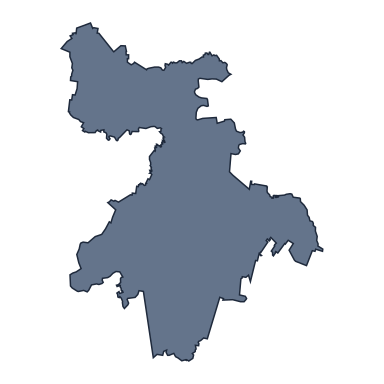 Medellín, Veracruz, Mexico
{"feature_id": "50627088B273730145329", "entity_name": "Medellín", "entity_type": "district", "adm_level": 2, "iso_a3": "MEX", "parent_name": "Mexico", "parent_adm1": "Veracruz", "projection": "orthographic", "projection_center": [-96.165, 18.992], "detail": "fine", "context": "isolated", "style": "filled", "palette": "slate", "viewbox_px": 384, "rotation_deg": 0, "n_neighbors": 0, "source": "geoboundaries", "source_scale": "gbopen_adm2", "svg_char_len": 5946}
<svg xmlns="http://www.w3.org/2000/svg" viewBox="0 0 384 384"><path d="M224.4,121.1L217.2,123.3L216.2,117.5L202.7,118.4L197.6,119.9L196.4,119.5L195.9,118.3L196.3,112.2L197.9,108.3L201.3,105.7L203.6,105.4L207.0,106.4L208.3,105.9L207.5,99.6L206.9,98.5L201.5,97.9L198.9,97.0L195.8,94.8L194.7,92.9L194.5,91.6L195.5,89.2L197.6,88.4L198.9,87.1L198.2,80.6L198.4,79.0L199.9,78.3L207.8,79.4L212.0,78.9L216.4,79.1L221.9,81.7L229.0,75.3L230.9,74.3L228.3,72.8L226.7,69.4L226.5,67.5L227.2,64.8L226.5,63.6L224.8,62.4L222.9,62.8L220.9,60.6L219.4,60.8L219.2,58.9L216.6,55.3L214.9,55.6L213.9,54.9L212.0,55.8L209.9,52.2L209.4,52.2L208.7,54.5L208.0,54.5L206.9,53.0L205.3,53.1L205.0,54.5L203.3,55.2L203.5,57.0L202.0,57.0L199.1,59.0L195.4,60.4L192.1,63.6L191.2,63.4L190.8,62.3L189.6,62.2L186.6,63.3L183.8,61.4L182.2,62.6L181.5,60.8L179.4,60.8L177.0,62.8L174.9,62.9L173.7,62.1L172.5,63.2L171.9,62.3L171.0,62.2L168.6,65.1L167.8,64.3L165.3,63.7L165.0,65.4L165.6,67.5L163.9,70.3L162.4,70.1L160.8,67.8L158.6,67.1L154.5,67.1L149.0,68.2L147.1,68.8L146.6,69.8L134.5,62.2L133.6,63.5L131.2,64.8L127.4,62.2L127.4,58.7L128.6,58.7L128.6,54.8L126.2,54.8L126.0,51.9L126.5,51.6L125.3,45.9L120.9,45.7L113.8,51.8L113.4,51.5L98.9,33.3L97.2,33.1L98.0,28.5L93.7,27.7L92.7,28.4L90.5,23.0L76.7,28.1L76.0,34.4L76.0,32.7L72.5,33.3L73.0,34.6L70.1,35.9L71.9,38.4L67.2,41.5L61.2,48.6L69.9,52.2L69.9,56.8L72.4,63.5L71.8,67.8L72.9,70.3L71.7,74.1L71.6,76.1L70.7,76.9L70.5,80.5L77.6,81.7L77.1,88.6L75.1,95.0L72.5,94.7L71.7,100.0L69.8,99.8L68.4,111.6L69.5,112.0L69.2,112.4L70.6,114.8L73.4,117.5L78.8,119.5L80.5,121.6L83.6,122.7L81.3,126.8L83.9,128.6L82.5,130.6L84.8,132.0L85.2,131.3L88.4,132.7L95.1,132.6L96.5,130.6L97.5,130.1L97.5,130.5L100.6,132.0L100.8,130.4L103.9,129.8L103.8,131.9L105.9,132.7L106.8,134.2L106.5,138.2L108.0,139.9L108.8,140.2L109.6,139.5L110.0,138.7L109.0,137.2L109.0,136.4L110.4,135.9L114.5,137.1L116.4,140.4L117.2,140.7L118.0,140.0L118.3,138.3L119.5,137.6L127.0,129.8L129.3,130.9L129.5,133.4L129.8,134.2L130.5,134.5L131.1,134.1L132.1,131.5L138.5,131.6L138.8,131.1L138.4,129.0L139.3,127.5L145.9,128.5L150.9,126.7L153.9,126.4L155.1,126.6L157.3,128.4L160.3,127.8L161.5,128.6L161.0,129.3L160.9,131.4L161.4,131.4L159.6,131.7L160.8,133.2L162.4,134.2L163.4,136.4L164.2,137.0L163.2,137.3L163.1,138.7L163.7,138.8L163.5,139.8L164.4,140.7L164.9,142.2L164.4,142.4L163.4,140.8L162.6,140.6L163.1,141.7L162.2,141.8L161.8,142.7L162.6,143.2L162.6,144.0L161.6,144.1L160.6,145.2L161.5,146.1L160.9,147.0L160.3,146.9L159.6,145.7L157.8,145.6L157.7,144.6L156.5,144.2L156.6,145.7L155.2,146.2L156.3,147.5L154.7,147.9L155.4,150.3L155.1,151.2L154.2,150.5L149.5,156.5L149.5,159.5L150.6,162.4L150.7,164.7L150.1,165.6L151.4,167.3L151.0,167.9L151.9,171.0L151.1,171.8L150.5,171.4L150.8,170.2L149.7,170.3L150.5,172.5L149.7,173.2L150.9,173.4L151.8,174.5L149.5,179.6L148.0,178.8L146.1,182.7L146.5,183.4L145.6,183.5L145.6,185.0L145.1,185.3L144.3,185.4L142.5,183.7L141.5,184.0L140.8,183.2L139.8,183.9L139.8,184.6L138.6,184.7L138.3,186.6L136.7,186.3L135.7,193.5L132.3,193.1L132.1,195.0L130.4,194.8L118.5,202.1L115.0,200.4L113.9,201.2L111.1,199.9L109.4,201.8L107.8,202.6L115.7,209.8L112.6,217.2L110.9,222.9L109.3,221.8L105.5,228.9L101.7,234.4L95.2,236.6L88.0,242.8L83.1,242.1L80.9,243.0L80.2,244.2L79.2,249.0L76.8,254.5L78.8,262.8L81.1,268.6L76.2,271.9L72.9,273.0L70.0,274.8L70.5,286.0L72.2,288.0L77.3,291.2L78.3,291.5L83.7,290.4L87.2,291.9L88.7,290.3L91.5,284.9L96.6,283.9L98.9,284.5L102.0,283.5L103.2,282.4L102.2,280.2L102.5,278.3L107.7,277.6L110.0,276.3L112.9,273.3L116.0,271.5L119.8,271.9L122.8,277.0L121.2,277.5L120.5,278.7L120.6,282.6L119.2,283.7L119.1,284.5L116.5,285.2L117.1,286.5L120.3,285.5L120.2,286.9L121.1,288.3L121.3,290.5L121.9,291.2L122.5,290.9L123.0,292.3L119.7,293.5L119.0,291.6L116.9,293.1L117.6,294.4L117.9,297.0L119.2,297.6L119.8,296.6L121.3,298.3L122.6,301.4L122.4,302.7L123.0,306.5L124.4,308.5L127.9,304.8L128.6,303.1L127.1,299.4L127.8,298.4L135.1,297.4L137.8,294.5L139.0,290.7L143.4,291.4L153.3,357.7L157.0,354.4L162.7,355.3L163.7,351.4L166.6,350.1L166.1,352.4L167.6,355.3L169.2,355.3L173.8,353.4L175.6,356.7L178.1,358.0L181.8,360.8L185.1,359.9L186.1,360.3L186.1,359.7L186.5,359.7L188.8,361.0L192.8,358.4L193.6,355.0L192.3,353.5L195.2,351.6L195.3,349.9L196.1,349.0L195.4,345.3L198.6,345.7L198.9,343.7L198.2,342.3L198.6,341.4L200.6,340.6L203.6,338.0L207.3,338.8L219.8,297.3L223.5,298.6L222.9,300.1L232.7,299.7L240.5,301.7L244.1,301.7L246.1,299.4L246.6,298.5L245.3,296.3L239.5,294.9L240.9,278.8L242.1,278.0L242.3,276.7L245.9,277.3L248.5,275.2L250.4,281.6L255.6,260.5L257.4,260.8L259.1,253.7L260.9,255.7L261.5,255.5L259.4,253.5L260.8,251.9L261.0,252.2L267.8,242.1L266.2,240.6L267.3,239.0L269.3,240.9L270.3,239.7L269.6,238.9L270.8,237.4L276.3,243.1L274.8,244.5L274.3,245.7L274.7,246.1L271.3,251.1L272.6,252.4L272.6,255.1L273.4,255.9L275.7,252.6L275.3,252.2L275.8,251.5L277.8,253.0L284.7,243.6L285.3,244.1L288.2,240.3L293.3,243.5L289.1,250.2L294.4,260.1L295.6,261.3L306.5,265.6L312.3,250.7L315.0,251.3L315.7,249.2L322.5,251.3L322.8,249.1L317.9,246.0L318.1,243.9L316.7,240.5L317.2,236.4L315.4,231.1L315.5,227.3L313.3,225.5L313.3,223.3L312.5,221.6L309.9,220.8L309.1,217.3L307.5,215.2L307.1,209.9L304.1,205.2L300.5,201.6L300.3,198.7L299.8,198.1L293.2,197.2L291.8,194.1L290.1,193.7L286.2,194.3L284.5,195.1L278.8,195.6L278.4,196.9L277.6,197.1L277.7,195.7L276.6,195.5L276.1,195.9L276.2,197.4L275.3,197.4L275.2,195.5L273.8,195.4L273.3,195.8L273.3,198.1L272.0,198.2L272.0,197.3L270.2,196.6L269.6,194.8L267.4,192.6L267.0,190.9L267.3,186.9L266.6,186.7L266.6,186.0L254.6,183.9L254.3,184.5L251.3,184.4L251.7,181.3L250.7,181.2L249.3,189.3L232.8,175.2L229.5,171.8L231.0,153.6L235.5,154.5L238.4,153.9L240.3,150.9L238.4,148.1L238.7,145.5L239.5,144.5L242.7,143.6L245.4,143.9L245.7,143.4L245.0,141.7L244.6,137.2L243.0,135.0L244.4,132.8L244.4,131.7L243.6,131.2L242.6,132.2L240.1,132.6L236.5,131.2L235.5,129.0L234.3,122.9L230.8,119.2L224.8,119.7L224.4,121.1Z" fill="#64748b" stroke="#1e293b" stroke-width="1.5"/></svg>